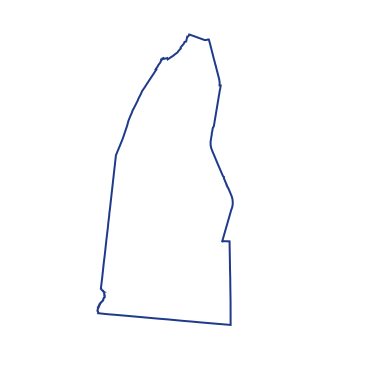 Someren, Noord-Brabant, Netherlands, rotated 22°
{"feature_id": "6326949B17219588023251", "entity_name": "Someren", "entity_type": "district", "adm_level": 2, "iso_a3": "NLD", "parent_name": "Netherlands", "parent_adm1": "Noord-Brabant", "projection": "albers", "projection_center": [5.682, 51.386], "detail": "fine", "context": "isolated", "style": "outline", "palette": "blue", "viewbox_px": 384, "rotation_deg": 22, "n_neighbors": 0, "source": "geoboundaries", "source_scale": "gbopen_adm2", "svg_char_len": 4488}
<svg xmlns="http://www.w3.org/2000/svg" viewBox="0 0 384 384"><g transform="rotate(22 192 192)"><path d="M179.5,85.9L178.7,82.5L177.6,82.9L177.4,82.3L177.2,81.7L176.9,80.8L176.5,80.0L176.1,79.1L175.9,78.9L175.5,78.2L175.2,77.6L174.9,77.3L174.6,76.7L173.2,74.9L171.5,72.6L170.5,71.2L169.7,70.2L169.2,69.5L168.1,68.0L167.8,67.5L167.4,67.1L167.3,66.7L167.1,66.5L166.5,65.9L166.4,65.6L166.1,65.3L165.9,65.1L165.2,64.1L164.4,63.0L162.7,60.8L162.1,60.0L161.3,58.9L160.8,58.2L155.8,51.4L154.6,49.8L153.1,47.7L150.7,44.6L150.6,44.4L150.3,44.4L149.9,44.4L149.8,44.5L149.7,44.7L148.1,45.8L147.7,46.0L147.3,46.2L146.9,46.3L146.6,46.4L146.0,46.4L143.0,46.5L142.8,46.5L142.7,46.5L137.8,46.7L136.7,46.7L130.4,47.0L130.5,48.2L129.8,49.7L129.4,49.8L129.5,50.3L129.5,50.5L129.9,52.7L130.1,54.0L130.2,54.7L130.0,54.9L129.0,55.5L128.9,55.6L128.8,55.9L128.9,57.5L128.6,58.3L128.2,59.5L128.0,60.2L127.4,61.8L127.3,62.1L127.4,62.3L127.4,62.5L127.6,63.0L127.8,63.2L127.7,63.3L126.9,65.5L126.4,67.2L126.3,67.6L126.3,68.0L125.4,69.5L125.1,69.8L124.9,70.2L124.5,71.0L124.4,71.1L123.8,72.1L123.8,72.3L123.7,72.4L123.6,72.5L123.4,72.9L123.2,73.2L122.7,73.8L122.6,74.1L122.4,74.3L122.2,74.5L121.9,75.0L121.3,75.9L121.2,76.0L121.1,76.3L120.7,76.8L120.5,77.2L120.3,77.4L119.8,78.1L118.9,77.1L118.1,77.8L117.9,77.9L116.7,78.4L115.8,78.8L115.9,79.2L115.1,79.4L114.9,78.9L114.4,79.4L114.5,80.6L113.8,80.8L114.1,81.5L114.0,82.4L114.2,83.0L114.0,84.1L113.2,87.2L113.1,88.7L112.3,91.8L113.1,91.9L113.0,92.7L112.8,92.9L112.1,96.8L111.6,99.1L109.4,110.0L108.9,112.9L108.2,115.8L107.9,117.5L107.9,119.7L107.8,121.1L107.5,124.2L107.4,125.6L107.4,126.3L107.4,127.9L106.8,135.0L106.5,137.6L106.4,138.1L106.4,139.0L106.5,141.6L106.5,142.8L106.4,144.3L106.4,145.6L106.4,149.9L107.0,154.6L107.8,168.2L107.8,173.5L107.8,174.2L107.7,186.4L122.7,240.1L122.7,240.4L123.1,241.7L123.5,243.2L124.1,245.0L125.9,251.8L127.0,255.4L129.3,263.8L130.6,268.6L134.3,281.6L136.9,291.3L140.7,304.6L143.0,313.1L143.6,315.6L144.0,315.6L144.3,316.0L144.4,316.3L144.5,316.4L144.8,316.5L145.6,316.7L145.7,316.8L145.9,316.9L146.0,317.0L146.4,317.2L146.5,317.2L146.8,317.0L147.1,317.3L147.2,317.6L147.3,317.7L147.6,317.7L147.8,317.7L147.9,317.8L148.0,317.8L147.9,317.9L148.0,318.0L148.3,318.3L148.4,318.5L148.5,318.8L148.6,319.0L148.8,319.3L148.8,319.5L149.3,319.8L149.4,320.6L149.8,320.7L149.9,320.8L149.8,321.2L149.8,321.3L150.0,321.5L150.5,322.0L150.4,322.3L150.4,322.5L150.2,322.7L150.1,322.8L149.9,323.0L149.9,323.3L150.0,323.5L149.8,323.9L149.8,324.0L150.0,324.4L150.0,324.5L149.9,324.8L150.2,325.5L150.2,325.9L149.8,326.2L149.8,326.3L149.8,326.5L149.8,326.8L149.6,327.1L149.4,327.4L149.4,327.5L149.5,327.6L149.4,327.8L149.1,328.1L149.0,328.3L148.9,328.5L149.0,328.7L148.8,328.9L148.7,329.1L148.8,329.4L148.8,329.5L148.5,329.8L148.4,329.9L148.4,330.0L148.5,330.0L148.6,330.3L148.4,330.4L148.3,330.5L148.2,330.9L148.3,331.0L148.5,330.9L148.5,331.0L148.6,331.3L148.6,331.6L148.7,331.8L148.5,332.0L148.3,332.2L148.2,332.3L148.2,332.5L148.2,332.8L148.4,332.8L148.6,332.9L148.6,333.0L148.4,333.5L148.6,333.9L148.1,334.3L148.4,334.6L148.5,334.7L148.6,335.0L148.5,335.9L148.5,336.0L148.5,336.3L148.6,336.5L148.8,337.3L149.0,337.2L149.1,337.3L149.4,337.9L149.7,338.2L150.1,338.9L150.2,339.1L150.3,339.1L150.5,339.1L150.5,339.3L150.5,339.5L155.1,338.2L160.3,336.7L165.9,334.9L191.5,327.1L205.1,323.0L208.7,321.9L212.8,320.6L217.9,319.0L228.4,315.9L231.1,315.1L240.7,312.1L243.4,311.3L247.8,310.0L277.6,300.8L268.9,279.4L262.1,263.3L259.8,257.7L255.8,248.5L251.9,239.2L250.9,236.9L245.3,223.7L241.8,225.0L239.2,226.0L239.0,226.4L238.5,226.4L235.0,193.1L235.0,192.9L235.1,192.5L235.0,191.6L235.0,191.2L234.9,190.5L234.7,189.8L234.6,189.4L234.6,189.1L234.4,188.4L234.2,187.7L233.9,187.0L233.6,186.3L233.3,185.6L233.2,185.3L232.8,184.6L232.5,184.0L232.3,183.7L232.1,183.4L231.7,182.8L231.5,182.5L231.0,181.9L230.1,180.8L224.0,174.6L223.6,174.6L222.3,173.2L222.2,173.3L222.1,173.2L221.9,173.1L221.5,172.6L221.2,172.4L221.2,172.1L220.2,171.1L216.3,167.2L216.2,166.6L216.1,166.2L215.8,166.1L215.5,165.9L215.0,165.8L214.8,165.7L204.6,155.6L197.4,148.3L196.1,147.1L195.8,146.7L194.9,145.8L194.3,145.1L193.7,144.5L193.3,144.0L193.1,143.7L192.6,142.9L192.3,142.5L192.1,142.1L191.8,141.7L191.5,141.1L191.3,140.5L190.7,139.2L190.5,138.9L190.3,138.0L189.4,134.2L189.0,132.4L188.7,131.0L188.4,130.3L188.3,130.1L188.2,129.1L188.0,128.0L187.3,124.8L187.3,124.3L187.6,123.2L187.6,122.8L186.5,117.9L179.7,87.3L179.5,85.9Z" fill="none" stroke="#1e3a8a" stroke-width="2"/></g></svg>